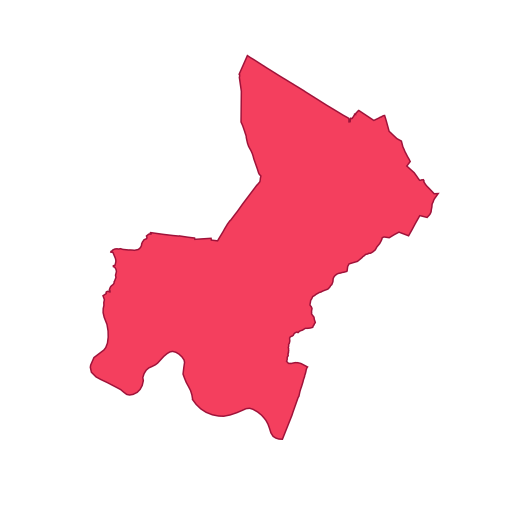 outline of Negri, Bacau, Romania, rotated 302°
{"feature_id": "2599482B87811792922311", "entity_name": "Negri", "entity_type": "district", "adm_level": 2, "iso_a3": "ROU", "parent_name": "Romania", "parent_adm1": "Bacau", "projection": "orthographic", "projection_center": [26.996, 46.704], "detail": "fine", "context": "isolated", "style": "filled", "palette": "rose", "viewbox_px": 512, "rotation_deg": 302, "n_neighbors": 0, "source": "geoboundaries", "source_scale": "gbopen_adm2", "svg_char_len": 6108}
<svg xmlns="http://www.w3.org/2000/svg" viewBox="0 0 512 512"><g transform="rotate(302 256 256)"><path d="M405.5,377.4L403.2,374.1L404.8,368.0L405.8,363.8L406.5,361.8L407.6,359.5L408.0,358.9L408.7,358.7L409.4,357.5L409.0,357.1L408.5,356.3L407.6,355.5L407.2,355.2L406.9,354.6L407.8,352.3L408.7,350.3L410.5,345.9L410.6,345.2L411.3,341.2L412.2,336.2L417.8,336.7L419.2,334.5L420.6,331.8L422.3,329.0L423.5,326.9L424.7,325.3L426.4,322.7L430.5,318.4L430.2,313.3L432.3,302.8L439.4,295.1L441.7,292.5L443.3,290.6L442.6,289.8L442.0,289.4L441.4,289.0L440.5,288.7L439.7,287.9L437.6,286.8L436.1,285.8L433.4,284.1L433.9,266.0L432.8,265.6L432.6,265.7L431.6,265.4L430.7,265.2L429.2,265.1L428.9,265.3L428.9,265.2L428.8,264.8L428.8,264.6L428.6,264.4L428.4,264.5L427.6,264.8L427.3,264.8L426.9,264.7L426.5,264.7L426.0,264.8L425.6,264.8L424.8,264.6L423.7,264.7L423.2,264.0L423.1,263.7L423.1,263.4L422.9,263.2L422.6,263.2L422.2,263.4L421.9,263.7L421.6,263.9L421.1,264.0L419.8,264.7L419.5,264.5L419.4,264.0L419.1,263.9L419.0,263.7L420.8,262.7L421.9,261.6L421.8,259.2L421.6,255.4L421.5,247.0L421.3,235.8L421.4,211.4L421.4,210.5L421.5,209.6L421.2,180.3L421.2,165.8L421.3,157.1L421.4,149.8L421.3,145.7L421.4,142.5L401.2,145.4L401.1,146.0L400.2,146.6L399.2,147.1L398.7,147.2L387.9,156.3L361.7,172.3L359.5,175.6L355.7,180.3L354.4,181.8L353.2,183.3L352.3,184.3L351.4,184.9L349.5,186.7L347.1,189.1L345.1,191.6L344.0,193.5L342.7,195.9L340.8,198.7L339.2,200.6L337.2,202.7L330.4,211.2L327.9,214.1L327.0,215.6L326.8,216.1L326.7,217.2L326.6,217.5L326.1,217.9L325.4,218.1L324.1,218.6L322.5,219.4L321.2,219.9L320.3,219.9L319.2,219.7L317.9,219.5L317.2,219.5L316.8,219.2L292.9,217.1L284.2,216.6L280.3,216.2L272.5,215.5L272.2,215.2L267.9,214.9L262.5,215.0L259.2,215.2L250.9,215.3L248.5,215.4L246.6,211.4L245.8,209.7L247.2,208.5L237.7,195.3L238.7,194.4L235.9,188.4L232.4,180.3L232.0,180.0L229.3,174.6L225.3,166.1L224.0,163.2L220.0,154.2L219.5,154.2L219.3,154.8L219.2,155.3L218.8,155.3L218.4,154.3L217.6,153.4L214.9,152.5L214.1,153.5L213.7,153.8L213.0,154.0L212.5,153.9L211.3,153.0L210.3,152.4L208.8,152.4L207.8,152.3L205.7,152.6L204.3,153.3L202.7,153.5L201.2,153.4L199.1,152.7L196.4,149.9L195.6,148.2L194.4,146.0L193.6,144.8L191.0,139.5L190.4,137.2L189.1,135.8L188.5,134.4L187.8,133.4L187.0,132.5L185.1,131.3L184.3,131.3L183.1,130.6L182.4,130.8L183.2,132.8L179.5,138.0L178.2,139.3L176.8,140.2L173.6,141.3L172.1,140.2L171.4,140.7L171.6,142.3L170.5,144.3L169.0,145.8L167.1,146.5L165.3,147.0L163.6,148.6L160.1,149.3L158.7,149.4L158.2,149.9L157.6,150.0L156.7,150.0L155.4,149.7L154.2,149.2L152.9,149.0L151.8,149.1L149.8,149.5L149.5,149.9L148.9,150.9L148.1,151.2L147.9,150.6L147.8,150.0L147.9,149.5L147.2,148.7L146.6,148.3L145.9,148.1L145.3,148.4L144.8,148.9L141.2,147.3L140.3,148.5L138.6,150.6L135.9,151.6L133.5,153.2L130.4,154.3L126.9,156.4L123.6,159.7L119.0,165.9L114.0,170.3L108.8,173.7L103.4,176.2L98.7,177.1L95.6,176.8L84.0,172.4L75.9,173.6L73.8,174.5L70.2,178.0L68.7,184.4L69.0,189.6L69.8,196.4L70.7,207.6L71.0,212.1L70.4,216.1L70.1,219.7L71.1,222.4L73.5,225.1L77.4,227.5L81.5,228.4L85.9,228.1L90.6,226.5L92.9,224.4L97.0,223.4L101.1,223.4L104.3,224.4L107.1,226.3L110.4,228.3L113.0,229.3L122.1,231.0L126.1,232.3L129.0,233.8L130.9,235.8L131.9,239.0L132.0,242.6L131.2,246.7L129.7,250.1L127.9,251.8L122.9,254.0L117.2,256.7L114.6,260.0L111.8,263.9L109.5,268.0L107.3,271.7L104.2,275.3L101.1,278.0L100.7,278.1L98.4,284.0L97.1,290.2L97.0,296.5L97.7,300.3L98.2,303.1L99.9,307.6L100.6,309.3L103.0,313.5L107.4,318.2L113.0,322.8L117.9,326.2L121.3,328.5L123.5,331.3L124.4,334.7L124.6,340.0L124.0,345.0L123.0,348.4L121.9,351.5L119.8,355.2L117.4,358.3L113.9,362.4L112.1,366.1L112.1,369.3L112.9,372.4L114.6,375.5L139.9,370.9L143.1,370.1L158.3,366.7L159.8,366.7L164.2,365.1L167.1,364.3L169.0,363.9L173.9,362.6L176.3,361.8L179.4,361.1L180.9,360.5L182.4,360.2L184.8,359.4L186.0,358.9L187.7,358.5L188.2,358.4L189.2,358.5L188.7,351.6L188.6,351.0L188.4,350.2L187.6,347.9L187.0,346.9L186.4,345.8L184.9,344.2L183.2,342.5L183.2,342.1L182.6,341.3L182.2,340.6L182.3,339.8L182.9,337.7L184.0,337.5L184.7,337.3L185.3,337.0L186.1,336.4L186.8,336.2L187.5,336.0L188.3,336.2L188.7,336.0L189.1,335.8L189.5,335.2L189.8,335.0L190.3,335.0L190.6,334.8L190.9,334.7L191.2,334.8L192.0,334.2L192.9,334.0L193.7,333.3L194.8,332.7L195.2,332.1L195.4,331.9L196.6,331.6L197.2,331.3L198.1,330.6L199.6,330.5L201.9,329.7L202.4,329.3L203.0,328.8L204.1,328.1L204.4,327.9L205.4,327.9L206.1,328.3L206.7,328.5L207.2,329.1L207.5,329.2L208.5,329.6L209.5,329.5L210.6,329.5L211.8,330.0L213.0,330.8L213.3,331.5L213.2,331.9L213.5,332.4L214.9,332.6L215.3,332.8L216.6,333.7L217.3,334.3L217.8,334.7L218.4,334.9L218.7,335.1L218.8,335.3L219.8,335.6L220.8,336.2L222.1,338.2L223.8,340.3L224.6,341.0L225.2,341.6L225.7,341.9L226.1,341.8L226.7,341.6L227.1,341.6L228.6,341.7L229.0,341.5L229.3,341.4L230.8,341.6L231.1,341.5L231.6,340.9L232.7,339.5L233.4,338.8L234.5,337.9L235.0,337.3L235.1,336.9L236.0,334.5L236.2,334.0L236.5,333.7L237.4,333.2L238.9,332.2L239.8,331.9L241.3,331.2L241.8,330.4L242.4,329.5L242.5,329.0L242.8,328.1L243.4,327.5L246.0,326.5L247.0,326.0L247.6,325.9L249.4,325.9L249.9,325.8L250.5,325.8L251.3,325.6L251.8,325.6L252.5,326.1L254.0,326.8L255.3,327.2L255.6,327.4L256.2,327.6L256.3,327.8L258.6,329.0L260.0,330.3L261.2,330.9L263.3,332.4L265.6,334.2L266.3,334.6L267.9,334.9L269.3,335.1L269.9,335.0L270.8,335.0L271.3,335.3L271.7,335.4L272.3,335.4L272.9,335.2L273.7,335.1L275.0,334.8L277.8,333.4L279.4,333.2L281.4,333.4L283.9,334.4L285.1,335.3L286.5,336.9L287.5,337.6L288.8,339.1L291.1,341.2L292.0,341.0L295.7,339.3L298.6,339.1L301.6,341.7L305.2,344.9L310.9,346.8L312.0,346.9L313.2,347.5L315.6,348.2L317.0,349.8L317.8,349.9L319.1,351.7L321.4,352.9L324.4,353.9L327.8,353.7L332.1,354.3L335.3,354.1L337.1,353.8L337.7,353.5L338.1,353.4L339.3,353.9L340.1,354.7L342.1,359.3L347.5,362.0L352.0,364.6L354.0,374.7L360.7,374.4L367.8,373.9L377.0,373.5L377.3,374.2L379.4,380.7L379.6,380.7L382.1,381.2L383.5,381.4L384.5,381.3L385.6,381.2L386.9,380.8L387.8,380.3L390.7,379.2L393.0,378.0L394.1,377.7L395.6,377.6L396.4,377.4L397.0,377.2L398.7,377.0L405.5,377.4Z" fill="#f43f5e" stroke="#9f1239" stroke-width="1.5"/></g></svg>